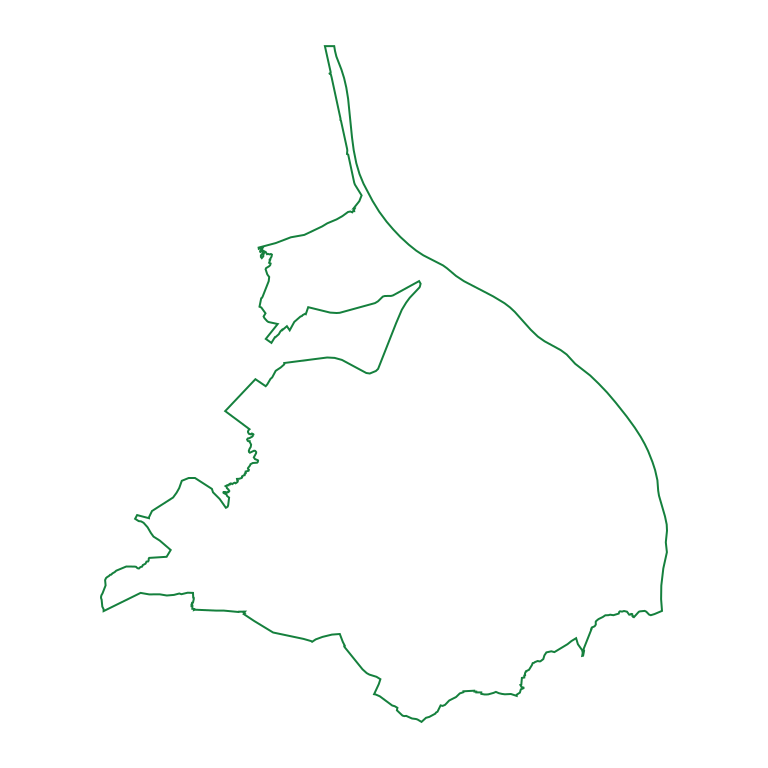 outline of Distrito Especial, Industrial Y Portuario De Barr*, Atlántico, Colombia
{"feature_id": "7082276B33268622823443", "entity_name": "Distrito Especial, Industrial Y Portuario De Barr*", "entity_type": "district", "adm_level": 2, "iso_a3": "COL", "parent_name": "Colombia", "parent_adm1": "Atlántico", "projection": "albers", "projection_center": [-74.833, 11.01], "detail": "fine", "context": "isolated", "style": "outline", "palette": "green", "viewbox_px": 768, "rotation_deg": 0, "n_neighbors": 0, "source": "geoboundaries", "source_scale": "gbopen_adm2", "svg_char_len": 6113}
<svg xmlns="http://www.w3.org/2000/svg" viewBox="0 0 768 768"><path d="M662.0,610.9L661.1,599.1L661.3,585.6L663.3,568.5L666.9,552.2L665.8,542.3L667.0,530.7L666.7,524.5L665.0,516.4L659.0,495.7L658.2,490.8L657.4,480.2L655.1,470.1L652.5,462.1L648.1,451.0L644.7,444.0L640.7,436.8L634.9,427.8L626.7,416.5L615.6,402.5L607.1,392.5L598.6,383.6L590.2,375.5L575.2,363.8L566.7,354.5L560.7,350.1L544.6,341.3L537.9,336.6L530.7,329.7L514.8,311.9L510.0,307.4L504.5,303.2L493.2,296.4L464.0,281.2L456.0,275.9L446.9,268.2L443.0,265.4L423.3,255.3L416.3,250.7L408.8,244.7L400.3,236.9L393.3,229.5L386.6,221.7L379.2,211.7L372.6,201.0L363.5,183.7L359.5,174.0L356.3,163.2L353.7,150.1L352.0,137.3L348.1,98.7L346.3,87.6L344.1,78.1L341.4,69.5L336.4,56.6L335.0,50.9L334.2,46.1L324.9,46.1L330.7,72.3L330.5,72.9L328.9,73.9L330.2,73.7L330.8,74.2L331.6,77.3L340.5,118.6L340.4,120.0L340.9,120.4L347.1,148.9L347.3,150.5L347.0,154.0L348.2,154.6L354.2,182.6L354.9,184.6L361.6,195.4L359.3,201.2L353.4,208.6L354.7,208.6L354.0,209.8L354.2,211.1L353.0,211.1L352.3,212.3L350.3,211.5L348.0,212.0L342.4,216.1L336.6,219.4L327.3,223.3L322.2,226.4L304.3,234.9L290.8,237.3L275.6,243.1L258.6,247.6L258.8,248.8L261.6,247.7L262.9,247.5L262.0,248.8L262.0,249.6L261.2,249.8L260.1,251.1L260.1,251.7L260.6,252.0L262.6,250.3L263.9,251.1L262.9,251.8L263.1,252.8L260.9,255.4L260.9,257.0L261.8,258.1L263.3,256.3L263.3,255.0L264.4,252.0L265.6,251.9L267.0,254.2L268.1,253.9L269.5,254.4L270.9,254.0L271.9,254.6L271.5,256.7L269.7,259.7L270.2,259.9L269.1,262.8L270.6,263.5L270.2,265.1L269.2,266.2L266.1,268.1L265.6,269.3L267.3,274.4L269.2,277.0L268.7,281.2L262.6,296.7L261.9,297.9L261.2,298.3L259.5,306.7L261.3,307.5L265.5,313.3L263.6,316.5L264.5,318.2L267.1,321.1L268.4,322.0L277.7,324.0L265.8,338.9L271.4,342.9L274.9,337.2L275.3,337.3L278.8,334.2L280.4,331.4L282.1,329.7L282.3,330.1L286.9,326.2L289.7,330.3L294.3,321.9L300.5,316.5L301.8,316.1L302.7,315.1L305.1,313.8L305.8,314.2L308.2,307.2L330.2,312.6L336.6,313.0L339.7,312.8L375.0,303.1L378.0,301.3L382.8,296.6L384.8,296.0L391.2,295.9L393.0,295.4L419.1,281.1L420.6,283.7L419.9,286.5L419.5,287.4L409.7,297.8L406.1,302.7L401.8,309.8L396.1,323.2L378.1,368.9L375.9,371.0L369.8,373.5L366.3,373.0L341.9,359.9L334.6,357.9L327.2,357.5L284.2,363.0L284.3,364.2L284.0,364.6L280.7,367.5L275.7,370.8L272.2,377.4L270.5,378.9L267.2,384.5L265.7,386.2L255.4,379.2L225.2,411.1L249.5,429.2L248.7,429.9L248.0,431.4L248.0,432.1L248.8,433.7L250.4,434.3L251.9,433.5L253.3,434.2L253.4,434.5L252.5,434.9L252.8,435.9L252.1,436.7L249.1,438.3L248.1,438.3L247.1,439.4L247.7,440.8L248.3,441.2L249.7,441.2L249.7,441.9L251.1,444.6L250.7,447.0L249.6,448.7L248.8,450.9L249.1,452.1L249.9,452.7L254.1,450.7L255.2,450.9L256.2,452.1L256.1,453.2L253.8,457.4L255.0,459.1L257.8,460.2L258.1,460.7L257.7,462.1L257.1,462.7L252.8,463.0L250.5,464.2L250.0,465.5L248.1,467.9L247.9,468.7L248.9,469.8L248.5,470.8L245.7,471.5L245.8,472.8L245.3,472.8L245.2,473.8L244.7,474.0L244.6,475.2L243.8,475.3L242.0,476.4L242.1,477.5L241.6,478.0L239.1,478.8L237.0,478.9L237.3,480.6L237.9,480.9L237.4,482.1L235.6,483.3L234.8,482.7L234.1,482.9L232.2,484.1L231.6,483.6L230.6,483.5L230.3,484.1L229.9,483.8L229.3,484.1L228.6,485.3L227.4,485.1L225.6,486.1L226.7,486.9L226.9,488.1L228.4,489.5L229.3,491.0L228.5,492.1L227.8,491.9L227.3,492.5L225.2,492.0L223.6,492.0L223.4,492.5L223.6,493.0L226.4,494.4L227.2,496.1L229.1,497.6L228.2,505.0L227.7,506.6L226.2,507.7L226.3,508.4L219.7,499.0L213.0,492.3L211.9,488.9L195.0,478.0L188.7,478.0L181.8,480.8L179.2,488.1L176.6,492.7L173.1,497.5L152.0,511.0L149.0,517.2L149.0,518.2L137.1,515.1L135.1,518.8L138.7,521.1L141.1,521.4L143.6,522.8L147.6,527.3L150.9,533.0L153.5,536.6L159.8,540.6L170.7,550.0L166.6,556.8L149.2,557.9L148.7,558.8L148.7,560.2L148.2,561.4L146.5,561.6L145.5,563.7L142.8,565.1L142.1,566.6L140.4,567.1L138.9,568.5L137.5,568.2L136.0,566.8L134.6,566.6L126.3,566.5L116.2,570.7L114.7,572.1L112.4,573.4L111.3,574.6L110.1,574.8L109.2,575.8L107.0,577.2L106.0,578.1L105.1,580.1L105.6,585.4L102.5,593.4L101.4,595.3L101.0,597.1L101.2,598.7L101.6,599.4L102.3,606.6L103.6,609.2L103.6,611.1L140.6,592.9L149.2,594.4L159.6,594.3L166.8,595.5L174.0,594.9L179.3,593.5L181.4,594.2L187.7,592.7L193.0,592.9L193.2,597.6L193.7,597.7L193.8,598.9L193.0,602.6L192.1,602.7L191.9,603.2L192.1,604.4L191.5,604.6L191.5,606.1L192.4,606.0L192.3,608.8L194.2,609.0L194.0,610.0L194.8,609.7L216.3,610.6L223.8,610.6L238.6,612.0L238.7,611.7L244.9,611.6L243.9,612.7L244.8,613.3L243.8,614.1L254.2,621.0L273.1,632.5L303.5,638.9L311.2,641.1L312.1,641.8L315.7,639.4L322.5,636.9L331.9,634.6L339.8,634.0L342.8,641.9L344.8,645.8L344.2,646.2L344.6,647.1L362.5,669.3L366.7,673.1L369.4,674.6L376.5,676.8L380.4,679.2L378.8,684.1L374.1,694.2L375.7,694.5L379.8,696.3L392.2,705.5L394.7,706.2L397.4,707.8L396.9,710.3L402.5,715.6L404.3,716.1L406.2,715.9L412.0,718.5L415.9,719.0L417.5,719.5L421.5,721.9L426.0,717.8L429.3,716.9L435.4,713.6L435.8,712.7L437.5,711.7L440.6,705.4L442.6,705.9L445.0,704.9L449.2,700.5L456.1,697.0L459.8,693.4L463.4,692.2L463.4,691.3L474.3,690.7L474.4,691.6L476.3,691.6L476.3,692.4L481.3,692.4L481.3,693.9L484.8,694.5L488.1,694.4L493.5,692.9L495.9,691.9L498.9,693.2L501.9,693.9L504.9,694.3L510.9,694.0L516.7,695.9L516.7,694.7L519.9,692.6L520.8,689.4L523.5,688.2L523.5,687.6L521.5,687.0L520.4,685.0L521.3,684.7L521.9,677.9L524.3,677.5L524.3,675.5L525.1,675.3L525.0,673.4L525.5,672.1L526.2,671.6L526.1,671.2L529.0,669.8L531.9,665.1L532.7,663.1L534.0,662.8L534.9,662.1L537.7,661.0L539.4,661.4L540.4,661.3L543.3,659.1L544.4,655.4L546.4,652.4L551.3,651.3L554.4,652.1L567.5,644.2L571.5,641.0L576.1,638.2L577.9,644.2L582.2,650.3L582.7,652.9L582.2,655.9L583.1,655.7L584.1,650.6L583.5,649.3L591.5,629.1L591.2,629.0L591.8,627.5L594.4,626.4L595.1,625.7L595.8,624.5L595.7,621.9L596.2,621.0L598.5,619.1L602.8,617.0L605.3,615.3L608.4,615.2L610.1,614.7L613.4,615.2L618.7,613.6L619.3,611.8L620.0,611.3L622.1,611.6L624.0,611.0L627.0,611.7L629.2,614.7L630.1,614.7L631.1,613.9L632.2,614.1L632.4,616.0L633.0,616.1L633.1,616.9L633.9,617.2L638.8,611.8L639.8,611.4L644.7,610.9L646.3,611.7L649.1,614.6L650.8,615.2L654.4,614.1L662.0,610.9Z" fill="none" stroke="#15803d" stroke-width="2"/></svg>